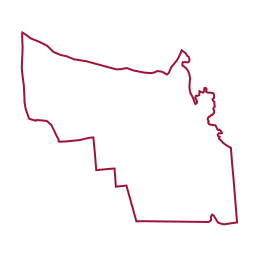 outline of Prey Veng, Prey Vêng, Cambodia, rotated 175°
{"feature_id": "14789045B86524925966817", "entity_name": "Prey Veng", "entity_type": "district", "adm_level": 2, "iso_a3": "KHM", "parent_name": "Cambodia", "parent_adm1": "Prey Vêng", "projection": "robinson", "projection_center": [105.325, 11.475], "detail": "fine", "context": "isolated", "style": "outline", "palette": "rose", "viewbox_px": 256, "rotation_deg": 175, "n_neighbors": 0, "source": "geoboundaries", "source_scale": "gbopen_adm2", "svg_char_len": 2153}
<svg xmlns="http://www.w3.org/2000/svg" viewBox="0 0 256 256"><g transform="rotate(175 128 128)"><path d="M224.9,232.3L225.3,231.0L225.4,228.6L225.7,224.3L225.9,218.0L226.6,212.1L227.7,204.1L228.6,197.2L228.5,189.0L228.1,180.0L228.4,169.7L228.8,162.9L228.3,156.1L226.8,149.9L225.7,145.9L223.2,144.8L219.2,143.3L218.3,143.9L213.4,143.1L208.3,142.1L204.2,137.8L202.0,132.3L199.8,126.3L198.1,122.4L198.3,120.8L197.4,120.3L194.6,120.2L191.1,120.0L187.4,120.1L182.6,120.1L177.2,120.2L172.2,120.9L168.0,121.6L163.3,121.6L163.2,107.2L163.3,88.8L148.8,88.9L145.0,88.8L145.0,81.5L145.2,70.6L134.6,70.8L127.8,34.3L121.7,33.9L56.4,27.4L55.0,27.6L53.3,29.0L53.2,32.3L51.7,34.4L50.2,33.1L46.6,26.0L42.9,24.3L40.6,23.7L27.6,24.4L27.3,70.6L27.4,85.1L27.2,99.2L29.1,100.6L31.7,102.4L34.4,104.8L36.6,107.6L38.3,109.6L37.5,111.2L38.7,111.8L39.2,113.4L38.2,114.8L36.3,114.5L34.9,114.7L35.3,116.1L36.2,117.5L37.0,118.3L38.5,118.2L39.3,119.5L40.1,121.9L40.9,123.1L42.5,123.4L44.6,123.9L47.0,124.8L47.7,126.5L47.0,127.7L47.9,129.6L47.3,131.2L46.4,132.2L45.4,132.3L44.2,133.5L43.0,133.6L41.1,135.5L40.6,137.4L41.4,139.7L40.8,140.8L39.7,141.7L39.9,144.8L39.6,146.3L40.7,147.6L41.4,149.3L39.8,150.4L39.6,151.7L39.3,153.6L40.1,155.3L42.6,156.0L44.6,156.1L46.0,156.6L46.8,157.3L46.7,158.6L46.3,159.9L47.1,161.1L48.3,161.1L48.8,159.7L48.9,157.8L50.2,156.7L51.4,157.2L53.6,158.4L53.9,155.8L54.1,154.6L55.5,154.0L56.5,154.3L57.7,154.0L58.3,152.4L57.9,151.3L57.5,150.0L56.8,148.4L57.7,146.5L58.7,146.0L59.3,147.2L59.7,148.8L60.3,151.3L61.0,153.2L61.6,154.8L62.2,156.2L62.8,157.4L63.2,160.5L63.2,163.7L62.5,168.4L61.8,172.0L62.3,176.5L63.1,179.5L65.0,182.6L67.2,184.6L68.4,185.8L68.1,187.6L67.7,188.8L65.2,188.7L63.3,188.2L62.1,188.3L61.1,189.4L60.8,191.0L61.2,193.3L62.7,194.8L64.2,197.6L67.7,200.7L70.8,195.0L73.3,191.2L79.7,184.7L82.6,179.2L84.7,177.9L87.8,180.2L89.4,181.1L91.0,181.6L93.9,182.1L97.0,181.0L100.2,180.7L106.7,181.7L117.4,184.8L123.9,187.8L129.9,187.3L134.3,187.4L139.1,189.1L151.4,193.6L163.6,198.1L175.9,201.2L183.1,204.9L188.5,206.5L195.6,210.2L201.2,216.8L208.4,221.3L216.8,225.6L221.9,230.1L224.9,232.3Z" fill="none" stroke="#9f1239" stroke-width="2"/></g></svg>